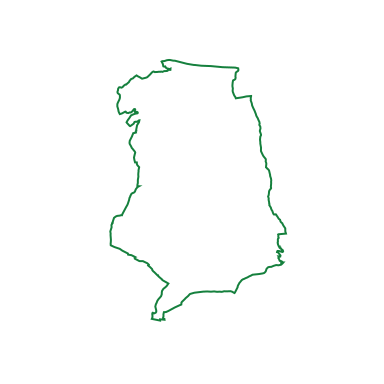 Amarasti, Vâlcea, Romania, rotated 208°
{"feature_id": "2599482B2938164526483", "entity_name": "Amarasti", "entity_type": "district", "adm_level": 2, "iso_a3": "ROU", "parent_name": "Romania", "parent_adm1": "Vâlcea", "projection": "orthographic", "projection_center": [24.148, 44.766], "detail": "fine", "context": "isolated", "style": "outline", "palette": "green", "viewbox_px": 384, "rotation_deg": 208, "n_neighbors": 0, "source": "geoboundaries", "source_scale": "gbopen_adm2", "svg_char_len": 5982}
<svg xmlns="http://www.w3.org/2000/svg" viewBox="0 0 384 384"><g transform="rotate(208 192 192)"><path d="M293.5,268.7L295.7,268.9L296.5,267.3L296.8,266.9L297.5,264.6L298.8,263.1L299.3,260.8L299.3,259.2L299.5,258.9L300.6,255.9L301.2,255.7L301.3,255.5L302.1,253.9L302.2,253.4L302.6,251.9L303.3,251.0L304.8,250.7L305.5,250.2L305.7,248.7L305.6,248.2L305.1,247.1L304.9,245.7L304.5,244.9L303.9,244.4L301.7,244.0L301.2,243.7L300.1,241.8L299.8,241.1L299.5,239.5L299.4,236.3L299.2,234.6L298.1,232.5L296.1,230.5L294.6,228.6L293.5,227.7L292.3,226.9L290.8,228.4L288.6,231.7L288.2,231.8L287.1,231.2L285.3,231.8L284.4,233.0L283.4,233.4L282.7,234.8L282.1,237.9L281.8,238.2L281.2,238.4L280.9,238.2L280.4,236.2L280.1,235.9L279.6,236.0L278.4,236.9L277.6,236.9L277.2,236.7L277.0,236.3L277.1,235.9L279.1,234.3L281.1,232.0L281.4,231.4L281.8,231.0L282.1,227.4L282.4,225.8L282.5,224.0L282.5,222.8L281.7,222.4L278.1,221.1L277.6,221.1L277.3,221.5L275.6,224.9L275.6,226.9L274.6,227.7L273.8,228.0L273.1,228.9L272.4,230.4L272.1,230.6L271.6,228.7L271.8,226.1L271.8,225.0L270.5,220.8L269.9,220.0L270.2,219.4L270.2,219.1L270.1,218.9L269.4,218.2L270.4,217.2L271.5,216.4L271.3,214.9L271.3,214.0L271.1,213.2L271.0,208.0L270.3,206.2L269.7,205.3L266.9,203.5L266.0,202.7L265.1,202.4L261.4,200.8L260.6,200.1L260.3,198.6L259.4,195.2L258.1,193.5L256.2,191.4L254.6,192.2L253.8,190.8L252.8,190.0L250.3,189.1L249.4,186.0L248.9,185.2L248.3,183.6L247.6,182.1L246.5,180.3L245.5,177.3L244.0,174.4L243.7,173.1L243.0,171.5L241.5,172.2L242.4,170.8L242.8,168.9L242.9,167.9L242.6,165.6L242.7,165.1L243.2,163.9L243.8,163.4L244.6,162.1L244.6,159.6L244.4,158.9L244.4,157.4L243.8,155.4L243.1,151.3L243.0,149.9L243.1,148.1L243.1,139.8L242.9,138.6L243.8,138.2L244.5,137.4L246.8,135.8L247.6,134.9L248.3,133.5L248.7,132.6L248.2,129.6L247.9,128.3L248.0,127.8L247.9,127.1L247.5,127.1L247.6,126.2L247.6,125.0L246.6,123.4L246.4,123.0L245.6,118.8L244.2,116.9L243.8,115.9L241.2,111.8L240.2,109.7L239.5,108.0L238.7,106.8L234.6,107.0L229.1,107.9L226.0,107.5L219.7,107.6L219.0,106.7L215.8,107.8L211.8,107.9L211.6,107.9L211.9,107.5L211.8,107.0L211.2,106.3L206.6,106.3L206.0,106.3L202.9,107.9L197.9,108.1L195.9,107.5L195.9,107.3L196.3,107.0L196.3,106.5L193.7,106.0L191.1,105.2L190.7,104.9L190.3,104.3L188.7,103.7L187.9,103.6L183.0,102.1L182.8,102.4L181.7,101.7L177.3,100.7L176.8,100.3L169.9,100.1L170.2,97.2L170.8,95.4L171.8,93.1L171.9,92.1L172.0,90.6L171.6,89.3L170.7,87.5L170.4,85.5L170.9,83.1L171.2,82.2L171.5,79.8L171.2,77.2L171.2,75.9L170.6,73.6L168.0,70.7L167.3,69.4L167.4,68.4L168.3,67.2L168.6,66.9L169.9,67.0L170.1,66.5L169.8,65.6L168.9,64.3L168.1,62.8L167.9,61.1L159.8,63.5L160.4,64.6L156.3,66.3L156.8,67.0L158.1,66.7L158.6,67.6L158.8,68.8L159.8,70.6L160.4,72.7L158.6,73.8L157.2,75.6L152.9,82.1L149.7,86.3L148.6,87.6L149.4,89.4L149.3,90.3L148.0,94.3L147.9,95.0L146.6,98.3L146.0,100.8L145.4,101.5L142.6,104.2L135.3,109.3L131.9,111.3L128.4,112.9L125.8,114.6L123.1,115.6L120.4,117.2L119.4,117.5L118.1,118.4L117.1,119.4L115.0,120.4L111.4,122.5L109.8,122.8L107.1,122.7L106.9,123.3L107.0,129.3L107.4,130.2L107.5,132.1L107.4,133.1L107.5,133.8L107.4,134.1L106.7,137.6L105.9,139.0L105.3,139.6L104.3,141.0L102.9,142.7L101.8,144.5L100.8,145.7L99.7,147.4L94.5,150.9L91.6,153.1L90.6,154.0L90.2,154.5L89.9,155.4L89.7,156.1L89.7,157.1L90.1,158.9L89.8,160.3L89.4,161.4L88.3,162.3L86.9,163.1L85.2,165.2L83.4,167.0L81.2,167.9L79.7,169.2L79.1,169.8L78.4,172.0L78.3,172.5L80.0,171.4L80.2,171.8L80.7,172.5L80.5,172.8L81.1,172.8L82.0,172.4L82.4,172.5L83.7,173.7L84.7,174.2L85.0,175.0L84.7,175.4L85.4,175.8L83.8,176.5L84.1,177.5L87.1,178.8L87.9,179.2L88.7,178.9L88.9,179.6L88.8,180.1L87.3,180.8L85.3,181.2L84.1,181.4L83.7,181.9L83.7,182.4L84.5,183.2L84.9,183.3L85.6,183.1L86.3,183.7L87.1,183.6L87.7,183.8L87.6,184.2L87.8,184.4L88.3,184.0L88.5,183.9L89.1,184.3L89.2,184.9L89.6,184.7L89.9,184.8L91.6,186.2L92.2,187.2L92.5,187.3L92.9,188.4L92.9,188.7L93.8,190.1L94.1,191.0L93.9,191.9L94.0,192.3L94.5,192.6L95.0,193.4L95.5,194.5L96.0,194.9L95.9,195.2L89.5,199.4L91.1,201.0L92.6,203.7L95.6,205.3L96.9,206.2L97.6,206.8L98.8,207.0L99.4,207.2L100.1,207.6L101.2,208.8L102.9,209.1L105.4,210.6L106.3,210.9L107.1,211.6L107.8,211.5L108.5,210.9L109.3,210.6L110.5,211.4L112.2,213.0L113.5,213.7L114.5,214.6L115.0,215.2L117.6,216.7L117.9,217.7L118.4,218.0L119.0,219.0L120.7,221.1L121.3,222.4L122.7,223.8L122.8,225.1L123.4,226.8L123.9,227.9L124.3,229.0L124.3,230.7L123.9,232.1L124.0,232.6L124.8,233.6L126.3,237.1L126.9,238.0L127.5,239.5L128.6,241.0L130.7,243.0L130.9,243.6L131.9,244.7L134.1,247.2L135.4,247.8L136.7,248.0L137.4,248.4L138.2,248.5L138.6,249.3L139.6,251.8L140.3,252.7L141.3,253.6L141.9,255.1L142.5,255.8L145.6,257.1L147.0,258.0L150.2,260.4L150.6,261.0L151.9,263.6L154.4,266.8L155.1,268.1L156.5,270.1L157.7,273.0L157.7,274.4L158.1,275.2L160.6,277.5L160.9,278.1L161.3,279.9L161.5,280.5L162.5,281.9L164.0,282.8L164.2,283.2L164.4,284.2L165.5,285.6L166.8,286.5L168.7,288.1L170.1,288.9L171.2,289.7L172.1,290.7L175.0,293.2L177.5,295.0L179.6,296.7L180.8,298.3L183.2,300.5L183.4,301.2L184.3,302.6L184.7,304.1L184.9,304.5L188.9,301.9L191.8,299.4L197.3,295.3L198.3,296.2L199.4,296.7L200.6,297.5L203.1,299.7L203.7,300.6L204.6,302.7L205.7,304.0L206.4,305.2L207.5,307.8L208.1,309.7L208.0,310.1L207.2,311.0L207.0,311.5L206.8,312.0L207.1,313.3L207.9,314.4L209.3,317.7L209.2,318.4L209.1,318.9L208.7,319.5L208.2,320.6L208.3,321.5L209.3,322.9L212.3,322.1L223.5,316.6L234.3,312.1L243.0,307.9L249.1,305.5L250.1,305.0L256.7,302.8L268.7,299.9L270.4,299.1L273.2,298.3L274.3,297.8L276.0,296.6L277.8,294.7L279.7,293.5L280.1,292.9L278.0,291.5L276.3,289.5L275.2,289.7L274.6,290.3L273.3,289.5L272.5,289.3L271.2,289.7L269.9,289.8L269.6,289.9L268.9,290.8L268.4,289.7L268.8,289.4L269.3,289.4L270.4,288.6L270.5,288.3L270.4,287.9L270.9,287.1L273.3,285.7L274.5,284.2L275.9,283.8L276.3,283.3L277.6,282.7L279.4,281.4L279.9,281.2L281.1,280.4L282.4,280.4L282.8,280.1L283.5,278.8L284.2,276.0L285.4,272.4L286.3,271.3L289.3,268.6L292.4,268.8L293.5,268.7Z" fill="none" stroke="#15803d" stroke-width="2"/></g></svg>